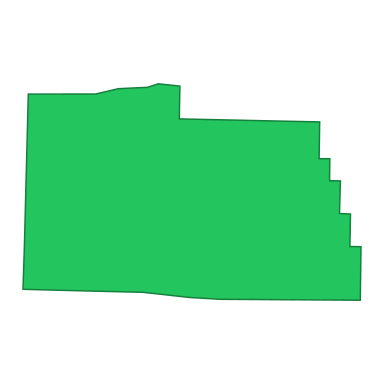 Carter, Missouri, United States of America
{"feature_id": "52423323B98305313857375", "entity_name": "Carter", "entity_type": "district", "adm_level": 2, "iso_a3": "USA", "parent_name": "United States of America", "parent_adm1": "Missouri", "projection": "albers", "projection_center": [-90.88, 36.956], "detail": "fine", "context": "isolated", "style": "filled", "palette": "green", "viewbox_px": 384, "rotation_deg": 0, "n_neighbors": 0, "source": "geoboundaries", "source_scale": "gbopen_adm2", "svg_char_len": 433}
<svg xmlns="http://www.w3.org/2000/svg" viewBox="0 0 384 384"><path d="M360.3,300.2L361.0,246.7L349.9,246.5L350.5,214.0L339.5,213.5L340.4,180.9L329.6,180.7L329.7,169.4L329.8,158.7L319.1,158.7L319.7,121.9L289.9,121.3L179.3,118.9L179.9,86.1L158.2,83.8L147.5,87.3L118.3,88.7L95.7,94.0L28.3,94.1L24.4,245.7L23.0,289.3L88.4,291.0L142.7,292.3L189.8,297.5L220.4,299.3L360.3,300.2Z" fill="#22c55e" stroke="#15803d" stroke-width="1.5"/></svg>